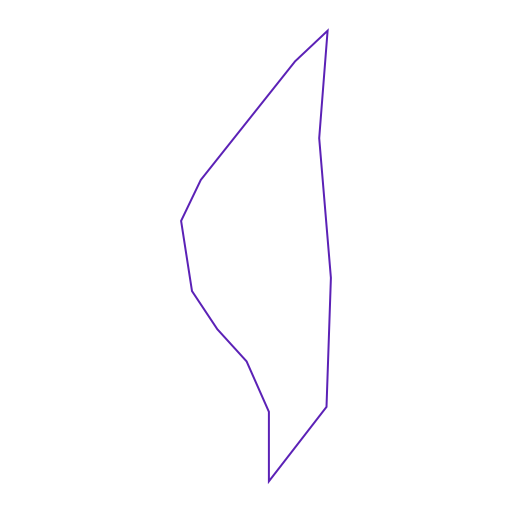 map outline of Mitiaro (Natural Earth projection)
{"feature_id": "COK-4954", "entity_name": "Mitiaro", "entity_type": "state/province", "adm_level": 1, "iso_a3": "COK", "parent_name": "Cook Islands", "parent_adm1": "", "projection": "natural_earth1", "projection_center": [-157.722, -19.812], "detail": "fine", "context": "isolated", "style": "outline", "palette": "violet", "viewbox_px": 512, "rotation_deg": 0, "n_neighbors": 0, "source": "natural_earth", "source_scale": "10m", "svg_char_len": 280}
<svg xmlns="http://www.w3.org/2000/svg" viewBox="0 0 512 512"><path d="M327.6,30.7L319.2,138.2L330.9,277.9L326.5,406.9L268.9,481.3L268.9,411.8L246.6,361.4L217.3,329.2L192.0,291.1L181.1,220.9L200.8,179.9L295.1,61.3L327.6,30.7Z" fill="none" stroke="#5b21b6" stroke-width="2"/></svg>